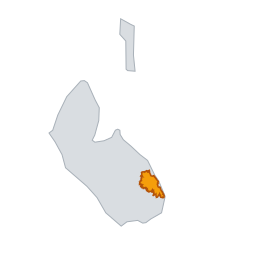 Tulkarm, West Bank, Palestine (highlighted), rotated 137°
{"feature_id": "87354302B17069565895340", "entity_name": "Tulkarm", "entity_type": "district", "adm_level": 2, "iso_a3": "PSE", "parent_name": "Palestine", "parent_adm1": "West Bank", "projection": "robinson", "projection_center": [35.087, 32.327], "detail": "fine", "context": "in_parent", "style": "filled", "palette": "amber", "viewbox_px": 256, "rotation_deg": 137, "n_neighbors": 0, "source": "geoboundaries", "source_scale": "gbopen_adm2", "svg_char_len": 5177}
<svg xmlns="http://www.w3.org/2000/svg" viewBox="0 0 256 256"><g transform="rotate(137 128 128)"><path d="M199.9,60.9L202.1,81.1L198.1,98.3L197.8,113.5L200.8,141.5L194.4,153.5L190.8,167.6L189.2,178.2L184.6,177.7L170.4,185.4L151.4,192.7L130.5,194.6L127.6,192.4L126.8,188.7L132.9,170.9L135.2,162.4L144.3,153.4L157.1,145.5L162.5,143.5L161.9,140.2L154.2,135.0L146.3,132.3L138.7,135.0L136.3,134.1L135.5,131.9L138.2,128.6L139.4,122.6L138.2,112.6L137.4,100.4L135.8,90.9L140.5,75.6L141.7,68.2L147.5,52.6L161.3,43.1L173.2,45.9L179.5,46.6L182.1,48.4L183.9,53.8L192.7,60.1L199.9,60.9ZM84.1,164.7L89.1,170.2L89.3,172.3L70.3,193.1L70.1,202.1L58.9,212.9L55.4,202.1L53.9,198.3L74.3,177.6L84.1,164.7Z" fill="#d9dde1" stroke="#a8b0b8" stroke-width="1"/><path d="M153.8,62.8L154.1,62.3L154.5,61.9L155.5,61.8L155.6,61.7L155.6,61.4L155.4,61.3L155.1,61.2L154.1,61.4L153.8,61.3L153.7,61.5L153.4,61.0L153.1,60.8L153.2,60.7L152.8,60.6L152.7,60.6L153.1,60.2L153.5,59.4L154.0,59.1L154.3,58.3L154.0,57.8L154.2,57.7L153.6,57.4L153.5,57.5L151.7,57.8L151.0,58.1L150.3,57.8L150.2,57.8L150.2,58.0L149.8,58.3L149.9,57.9L150.1,57.7L150.2,57.3L150.2,57.0L150.5,57.2L150.8,56.7L150.7,56.5L150.9,56.2L151.0,56.1L151.1,55.7L151.3,55.1L151.0,54.5L150.7,54.2L150.4,54.1L150.0,54.0L150.0,53.8L150.2,53.7L150.2,53.3L150.1,53.2L149.9,53.3L149.7,53.2L149.4,52.9L149.3,53.0L149.0,53.0L148.7,52.9L148.3,53.4L147.9,53.7L147.6,54.0L147.6,54.8L147.5,55.0L147.2,55.3L147.3,55.4L147.2,55.4L147.2,55.6L147.1,55.8L147.0,56.0L147.0,56.5L146.7,57.0L146.6,57.3L146.7,57.8L146.4,58.0L146.3,58.3L146.3,58.8L146.5,58.8L146.3,60.0L145.8,60.7L145.8,61.1L145.7,61.5L145.4,61.7L145.4,61.8L145.2,62.3L144.9,62.8L145.0,63.2L145.5,63.2L145.8,63.3L146.1,64.5L146.0,64.8L145.7,65.5L145.4,65.6L145.2,65.8L145.0,66.0L144.9,66.2L145.1,66.6L144.9,66.9L144.4,67.2L143.8,67.2L143.6,67.1L143.4,68.0L142.7,67.9L142.3,68.2L142.2,71.3L142.1,71.6L142.2,72.3L142.1,72.7L142.1,72.3L141.9,72.2L141.9,72.8L141.7,74.0L142.0,74.1L141.5,75.5L141.9,75.8L142.1,75.8L142.2,75.6L142.7,75.8L142.8,76.0L143.1,76.4L143.3,76.5L143.8,77.5L143.7,77.8L143.6,78.2L143.4,78.3L143.1,78.8L143.1,79.7L142.6,80.5L142.7,80.8L142.7,81.4L142.7,81.5L142.4,81.6L142.1,81.4L141.9,81.6L141.7,81.7L141.7,81.9L141.3,82.5L141.6,82.6L141.7,82.2L142.1,82.3L142.2,82.5L142.4,82.5L142.5,82.3L142.1,82.2L142.5,82.3L142.5,82.2L142.8,82.1L142.8,82.3L143.0,82.2L143.5,82.2L143.5,82.3L143.3,82.5L143.5,82.6L143.3,82.9L143.5,82.9L143.6,83.0L143.4,83.3L143.2,83.2L143.2,83.4L143.2,83.8L143.3,84.0L143.7,84.2L144.1,84.1L144.3,84.2L144.7,84.2L145.0,84.5L145.3,84.4L145.3,84.5L145.6,84.6L145.9,84.6L145.8,84.8L146.0,85.0L146.7,85.5L146.9,85.5L147.1,85.8L147.3,86.0L147.6,85.9L147.9,86.0L148.2,86.1L148.3,86.3L148.5,86.2L148.4,86.0L148.5,85.8L148.6,85.6L148.9,85.5L149.1,85.1L149.7,84.7L150.0,84.3L150.4,84.3L150.2,83.9L150.3,83.9L150.6,84.0L150.7,83.7L151.1,83.9L151.1,84.1L151.5,84.1L151.4,83.8L151.2,83.6L151.2,83.4L150.8,83.3L150.7,82.6L151.0,82.9L151.2,83.0L151.8,82.8L151.9,82.6L152.1,82.6L152.4,82.5L152.5,82.3L152.9,82.1L152.9,81.8L152.8,81.6L153.1,81.5L153.4,81.5L153.7,81.0L154.0,81.0L154.1,80.8L154.3,81.1L154.9,81.1L155.0,80.9L154.9,80.9L154.9,80.7L154.7,80.5L154.8,80.5L155.0,80.4L155.4,80.3L155.5,80.4L156.3,80.6L156.3,80.4L156.6,80.1L156.9,79.8L156.9,79.6L157.6,79.4L157.8,79.2L158.0,79.0L157.9,78.7L157.8,78.4L157.7,78.3L157.4,78.3L157.4,78.2L157.2,78.4L157.4,78.5L157.0,78.6L156.9,78.3L157.0,78.1L156.8,77.9L156.8,78.0L156.7,77.9L156.7,77.7L156.8,77.5L156.8,77.3L156.6,77.2L156.5,77.5L156.3,77.3L156.3,77.0L156.6,76.7L156.4,76.5L156.5,76.5L156.7,76.8L156.9,76.5L157.2,76.4L157.2,76.6L157.4,76.6L157.6,76.7L157.6,76.8L157.8,76.9L158.1,76.8L158.3,76.8L158.3,76.7L158.1,76.6L158.3,76.5L158.4,76.4L158.6,76.4L158.6,76.2L158.0,76.2L157.8,76.0L158.0,76.1L158.2,75.9L158.2,75.7L158.4,75.6L158.5,75.4L158.4,75.1L158.2,75.2L158.0,74.9L158.2,75.0L158.3,74.8L158.1,74.8L158.1,74.6L158.0,74.3L158.0,74.2L157.9,74.1L157.7,74.2L157.8,73.9L158.0,73.4L157.5,73.4L157.5,73.5L157.2,73.6L156.9,73.3L157.0,73.1L156.8,72.9L156.6,73.0L156.3,72.8L156.4,72.6L155.9,72.7L155.7,72.2L155.9,72.0L155.8,71.9L155.7,71.9L155.5,72.2L155.4,72.1L155.5,71.9L155.5,71.7L155.9,71.6L155.8,71.3L155.9,71.2L156.0,71.2L155.9,71.0L156.1,70.8L156.4,70.8L156.6,70.7L156.6,70.3L156.5,70.1L156.4,70.0L156.2,70.1L156.3,70.2L156.2,70.3L155.9,70.3L155.7,70.2L155.8,70.0L155.7,70.0L155.8,69.9L156.0,70.0L156.1,69.9L156.2,70.0L156.2,69.9L156.3,69.9L156.8,70.0L156.9,69.9L156.8,69.7L157.0,69.5L156.9,69.4L156.5,69.3L156.5,69.2L156.8,69.1L156.7,68.8L156.4,68.7L156.5,68.6L156.2,68.5L156.3,68.3L156.2,68.2L156.5,68.3L156.5,68.1L156.7,67.9L156.9,67.6L157.2,67.6L156.7,67.4L156.4,67.6L155.7,67.2L155.7,66.6L154.7,66.4L154.4,66.0L154.3,65.6L154.1,65.5L153.8,65.6L153.5,65.5L153.3,65.6L153.3,65.9L153.1,65.9L152.8,65.8L152.8,66.3L152.8,66.2L152.6,66.2L152.2,66.3L152.4,65.8L152.3,65.7L152.7,65.7L152.8,65.6L152.7,65.5L152.8,65.5L152.9,65.4L153.1,65.5L152.9,65.2L153.2,65.3L153.1,65.2L153.4,65.0L153.6,65.0L153.7,64.8L153.8,64.8L153.8,64.7L154.0,64.6L153.9,64.5L153.7,64.7L153.6,64.4L153.5,64.1L153.4,64.0L153.1,63.7L153.1,63.4L152.9,63.4L153.1,63.1L153.3,63.2L153.6,62.9L153.8,62.8Z" fill="#f59e0b" stroke="#b45309" stroke-width="1.5"/></g></svg>